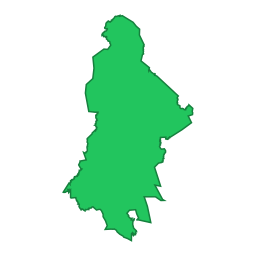 outline of Badiraguato, Sinaloa, Mexico
{"feature_id": "50627088B91393089235413", "entity_name": "Badiraguato", "entity_type": "district", "adm_level": 2, "iso_a3": "MEX", "parent_name": "Mexico", "parent_adm1": "Sinaloa", "projection": "equal_earth", "projection_center": [-107.389, 25.605], "detail": "fine", "context": "isolated", "style": "filled", "palette": "green", "viewbox_px": 256, "rotation_deg": 0, "n_neighbors": 0, "source": "geoboundaries", "source_scale": "gbopen_adm2", "svg_char_len": 5711}
<svg xmlns="http://www.w3.org/2000/svg" viewBox="0 0 256 256"><path d="M106.0,23.4L105.7,26.1L105.2,27.1L104.7,27.4L104.8,28.3L105.4,28.8L107.2,28.6L107.4,29.0L107.0,29.8L106.1,31.0L104.9,31.2L104.4,32.0L104.0,32.0L103.7,32.3L103.6,32.7L102.5,33.3L102.4,34.3L102.1,34.4L101.9,34.9L102.0,35.6L103.1,35.0L103.4,35.3L103.6,36.6L104.8,36.4L105.4,37.1L106.3,36.5L106.7,36.8L106.4,38.9L107.6,39.9L108.1,41.1L109.6,41.5L109.9,42.1L109.9,43.2L110.5,44.2L110.7,45.3L107.7,49.4L103.9,49.1L92.9,57.1L94.0,68.2L92.8,78.6L86.3,84.5L85.4,93.1L88.8,111.5L95.2,112.2L98.0,112.2L97.7,113.6L97.2,113.6L96.8,114.2L96.5,114.5L96.7,115.2L96.6,115.3L96.2,115.0L95.8,115.2L95.8,115.7L95.9,116.5L95.8,117.2L96.2,118.6L96.7,118.7L96.7,119.4L97.3,120.2L97.1,120.4L96.6,120.5L96.5,120.9L95.9,121.3L96.2,121.9L95.9,122.7L96.0,123.3L95.4,123.7L95.7,124.3L95.7,124.6L94.8,125.2L95.4,125.4L95.7,126.1L96.2,126.4L96.9,127.4L96.9,127.6L96.3,127.9L96.6,129.1L95.7,129.6L95.8,130.2L95.6,130.7L95.2,130.1L92.2,133.0L92.0,134.0L87.2,138.6L87.4,139.6L87.2,139.7L87.4,140.4L87.1,142.1L87.9,143.3L87.7,144.3L87.4,145.2L87.5,146.5L87.1,146.6L87.0,147.7L87.3,149.3L87.2,151.1L86.6,151.8L86.3,151.8L86.3,152.2L85.8,152.4L85.7,153.0L84.7,153.0L83.6,152.4L86.2,159.9L80.0,161.1L80.2,161.6L78.7,164.9L79.0,165.5L79.9,167.1L80.7,168.3L81.0,168.9L81.4,169.1L81.6,168.9L81.9,169.0L81.2,169.8L80.9,169.6L80.6,169.8L80.2,170.3L79.8,170.3L79.7,170.8L79.3,170.6L79.3,171.9L78.8,172.2L78.8,173.1L78.5,173.3L78.6,173.7L78.0,173.8L78.0,174.4L78.2,174.2L78.5,174.5L78.5,174.8L78.2,174.8L78.1,174.6L77.9,175.0L77.6,174.7L77.5,174.9L77.7,175.2L77.5,175.3L77.4,175.9L77.1,175.6L76.9,176.1L76.4,176.1L76.1,176.5L75.5,176.5L75.2,176.8L75.0,176.6L74.5,176.7L74.1,177.7L74.3,178.8L73.9,178.8L73.4,179.1L72.9,179.7L72.4,179.5L71.8,179.6L71.6,179.9L71.7,180.5L70.9,180.8L70.8,180.5L70.6,180.6L70.9,181.5L70.5,181.8L70.8,182.3L70.4,182.8L69.7,183.0L69.9,184.1L69.0,183.1L63.2,192.2L63.7,192.4L65.2,192.3L65.6,192.2L66.3,191.5L67.8,191.2L68.2,190.5L68.0,189.9L68.3,190.1L68.2,189.7L68.8,189.8L69.1,189.4L69.3,189.7L69.3,190.2L68.6,191.1L68.6,192.2L68.7,192.6L70.5,190.1L70.6,197.6L71.1,198.0L75.8,197.6L75.9,198.5L76.6,200.4L77.0,200.5L77.0,200.9L76.8,200.9L77.2,201.6L77.6,201.6L78.1,203.0L78.4,203.2L78.0,203.8L78.3,203.8L78.3,204.1L78.8,203.9L79.3,204.6L79.0,206.6L80.2,208.6L81.0,209.4L81.1,209.9L81.6,209.8L81.8,209.0L82.1,208.9L83.3,209.5L83.8,210.2L85.0,210.9L85.1,210.2L85.7,209.6L85.8,209.8L86.3,209.8L87.5,209.5L87.6,209.3L88.8,209.6L88.9,209.2L88.8,208.3L91.5,207.9L92.1,206.9L92.9,206.8L96.5,210.0L98.9,209.4L100.3,209.4L101.5,210.8L103.1,214.2L103.1,216.7L105.5,220.8L107.2,225.5L107.0,226.2L105.2,229.4L110.4,229.1L113.5,229.2L114.3,229.0L116.4,230.3L117.1,231.8L119.8,234.2L123.1,236.1L123.7,237.1L127.5,238.5L131.4,240.6L131.5,234.4L131.9,234.5L131.7,233.4L132.0,233.2L132.3,233.6L132.4,233.0L132.5,233.6L132.7,233.0L132.9,233.4L132.6,233.9L133.1,233.7L133.0,234.2L133.1,234.6L133.4,234.2L133.7,235.4L134.1,234.9L134.1,234.3L134.5,234.4L134.3,234.1L134.9,234.0L135.3,234.2L135.2,234.6L135.4,234.6L135.4,234.1L135.2,233.9L135.3,233.5L135.7,233.4L135.8,233.6L135.9,233.4L135.7,233.2L135.7,232.8L136.0,231.5L136.4,231.5L136.2,231.2L136.3,230.8L133.7,228.2L132.7,224.4L132.9,221.2L133.8,220.5L134.5,218.2L133.2,220.1L131.2,219.9L132.1,218.3L130.4,218.4L128.4,216.4L128.7,215.6L126.9,213.3L129.5,210.2L135.6,209.7L136.7,213.8L138.6,218.0L136.5,220.3L137.6,219.7L150.8,222.6L147.4,206.4L144.2,196.8L155.5,196.8L160.9,200.5L164.2,200.4L163.2,199.8L162.8,199.8L162.6,199.5L154.9,185.1L160.6,186.2L154.5,167.2L158.5,163.1L161.6,162.5L162.6,162.0L162.2,161.4L162.3,161.2L163.0,161.0L162.9,160.6L163.1,160.4L162.9,159.0L163.8,158.6L163.4,158.0L163.6,157.5L163.4,156.9L163.7,156.7L163.5,156.2L163.8,155.3L163.7,154.7L164.0,154.3L164.3,154.2L164.5,153.3L165.4,152.7L165.4,152.2L165.6,152.0L165.5,150.5L164.3,148.8L161.4,149.2L160.5,148.3L159.5,146.7L160.0,145.6L159.8,145.1L160.5,144.8L160.4,144.3L160.1,144.0L160.1,143.7L160.7,143.4L160.9,143.0L160.2,142.8L160.2,141.7L159.7,141.3L159.8,140.5L160.0,140.5L160.5,140.9L160.5,140.2L160.0,139.5L160.4,139.0L160.2,138.0L160.9,137.7L160.8,137.4L165.7,137.2L165.6,137.5L165.7,138.1L165.7,138.5L165.7,138.9L166.6,138.8L166.9,139.3L167.9,139.3L168.3,138.6L168.7,138.5L168.4,138.0L169.5,137.2L169.7,137.3L169.7,137.0L170.2,137.2L182.0,129.7L191.5,122.7L188.2,116.0L192.5,114.6L192.7,112.8L192.2,111.5L192.8,108.4L188.9,104.8L188.7,105.8L188.1,105.9L187.8,106.2L187.3,106.5L186.6,107.3L186.7,107.7L186.5,108.2L185.7,108.3L185.7,109.7L185.0,109.8L184.7,109.5L184.2,109.6L183.4,108.8L182.4,108.4L181.0,108.6L180.6,108.4L180.0,107.8L179.9,106.9L180.0,106.0L179.8,105.7L177.9,104.8L177.3,104.0L177.6,103.2L177.6,102.9L177.3,102.9L177.1,102.7L177.3,101.8L177.2,101.1L177.8,100.1L177.9,99.6L177.6,99.0L177.8,99.0L177.7,98.7L177.4,98.7L177.2,97.9L177.7,96.7L178.3,96.0L156.9,76.1L156.2,75.9L155.4,75.2L154.7,75.3L155.0,73.7L154.8,73.6L154.0,74.1L152.1,72.7L151.5,72.4L149.9,70.2L149.6,70.1L149.0,70.9L149.0,70.7L148.8,70.8L148.7,70.3L148.9,69.6L149.3,69.2L149.1,68.7L149.4,67.7L141.0,60.9L142.4,54.8L142.8,54.3L143.5,54.0L143.5,53.4L143.2,53.1L143.3,51.8L143.5,51.4L143.5,50.9L143.1,50.4L143.3,49.9L143.2,49.8L143.5,49.2L143.2,48.7L143.2,48.2L143.4,47.6L143.2,47.3L143.3,46.8L143.8,46.4L143.7,46.1L143.9,46.1L143.8,45.6L144.0,45.2L143.9,45.1L144.1,44.8L139.4,35.0L139.6,29.2L136.2,26.2L133.1,22.3L122.3,15.7L119.7,16.3L119.9,15.4L118.1,16.0L117.3,16.1L116.8,16.5L115.4,16.3L114.9,16.7L113.9,18.3L112.6,19.4L112.7,19.6L112.6,19.9L112.3,19.8L111.4,20.2L111.5,21.1L110.6,21.5L110.4,21.9L110.2,22.1L109.7,22.0L108.6,21.0L108.2,21.0L107.8,21.5L107.6,22.0L107.1,22.0L106.5,22.6L106.0,23.4Z" fill="#22c55e" stroke="#15803d" stroke-width="1.5"/></svg>